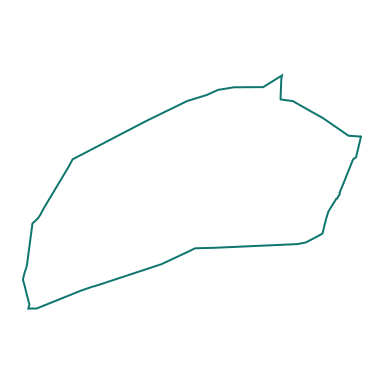 the district of Magdalena Yodocono de Porfirio Díaz, Oaxaca, Mexico
{"feature_id": "50627088B61785293136981", "entity_name": "Magdalena Yodocono de Porfirio Díaz", "entity_type": "district", "adm_level": 2, "iso_a3": "MEX", "parent_name": "Mexico", "parent_adm1": "Oaxaca", "projection": "natural_earth1", "projection_center": [-97.387, 17.378], "detail": "fine", "context": "isolated", "style": "outline", "palette": "teal", "viewbox_px": 384, "rotation_deg": 0, "n_neighbors": 0, "source": "geoboundaries", "source_scale": "gbopen_adm2", "svg_char_len": 1050}
<svg xmlns="http://www.w3.org/2000/svg" viewBox="0 0 384 384"><path d="M282.0,75.4L263.2,87.1L233.9,87.3L218.0,89.9L206.7,95.0L187.2,101.0L146.4,120.9L72.6,159.3L68.9,166.3L43.7,208.4L40.3,214.8L38.2,218.0L36.5,219.7L34.9,221.3L32.5,223.3L32.3,224.7L27.5,260.8L27.1,264.1L26.5,267.0L25.9,268.8L24.7,272.4L24.5,273.1L23.0,278.9L23.1,280.4L24.6,285.6L27.0,295.3L29.4,304.5L28.3,308.6L36.5,308.5L81.3,290.5L92.7,286.6L94.5,286.2L99.2,284.7L161.4,264.2L190.0,250.8L192.6,249.5L195.2,248.3L214.3,247.8L261.8,245.7L297.0,244.1L298.3,243.9L306.0,242.4L322.5,233.6L323.2,230.7L325.1,222.8L326.2,218.6L327.4,214.7L328.2,212.1L328.9,210.6L329.0,210.5L336.4,198.6L336.9,198.7L337.1,198.4L339.1,195.2L339.9,193.9L339.7,193.4L339.5,193.0L343.7,182.8L351.9,162.3L352.1,161.7L353.1,159.4L356.1,157.1L361.0,136.6L360.5,136.3L358.8,136.5L356.4,136.3L348.4,135.7L336.2,127.2L326.3,120.4L323.8,118.7L322.6,117.9L311.3,111.6L310.6,111.2L292.8,101.1L281.9,99.6L280.8,99.5L280.6,99.1L280.6,97.0L281.3,79.2L282.0,75.4Z" fill="none" stroke="#0f766e" stroke-width="2"/></svg>